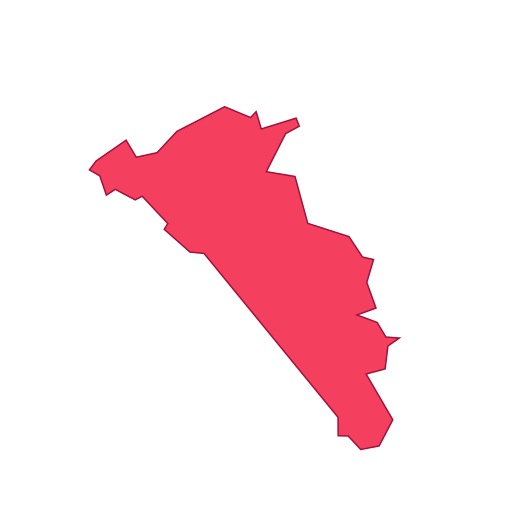 Kisela Voda, Aerodrom, North Macedonia, rotated 201°
{"feature_id": "65306769B41644037603367", "entity_name": "Kisela Voda", "entity_type": "district", "adm_level": 2, "iso_a3": "MKD", "parent_name": "North Macedonia", "parent_adm1": "Aerodrom", "projection": "natural_earth1", "projection_center": [21.486, 41.95], "detail": "fine", "context": "isolated", "style": "filled", "palette": "rose", "viewbox_px": 512, "rotation_deg": 201, "n_neighbors": 0, "source": "geoboundaries", "source_scale": "gbopen_adm2", "svg_char_len": 694}
<svg xmlns="http://www.w3.org/2000/svg" viewBox="0 0 512 512"><g transform="rotate(201 256 256)"><path d="M114.9,117.6L105.5,121.0L88.9,112.9L73.0,122.8L69.6,152.1L110.9,185.3L95.0,196.9L100.6,219.3L92.8,230.8L105.7,226.9L119.1,237.4L140.7,237.1L125.3,250.4L143.1,271.0L145.0,294.8L156.2,293.2L176.1,307.4L219.4,305.0L248.1,344.2L276.6,338.4L272.2,380.9L262.1,392.7L268.0,399.1L296.6,376.5L307.6,390.8L310.7,383.3L338.8,384.1L374.5,344.0L385.4,317.0L403.2,305.3L418.8,317.6L439.3,287.5L442.4,276.7L430.5,274.8L417.5,259.2L411.3,267.8L388.9,265.1L383.7,271.0L350.0,254.7L351.2,248.0L319.0,236.0L305.5,239.8L121.6,134.8L114.9,117.6Z" fill="#f43f5e" stroke="#9f1239" stroke-width="1.5"/></g></svg>